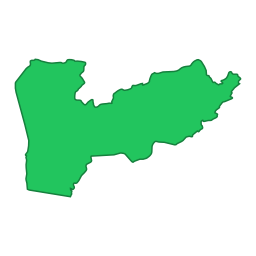 map outline of Farah (Albers equal-area conic projection)
{"feature_id": "AFG-1749", "entity_name": "Farah", "entity_type": "Province", "adm_level": 1, "iso_a3": "AFG", "parent_name": "Afghanistan", "parent_adm1": "", "projection": "albers", "projection_center": [62.843, 32.453], "detail": "fine", "context": "isolated", "style": "filled", "palette": "green", "viewbox_px": 256, "rotation_deg": 0, "n_neighbors": 0, "source": "natural_earth", "source_scale": "10m", "svg_char_len": 5604}
<svg xmlns="http://www.w3.org/2000/svg" viewBox="0 0 256 256"><path d="M70.4,196.7L29.2,190.0L27.4,189.2L26.9,183.2L26.1,180.0L26.0,178.5L26.8,173.8L26.2,167.8L26.1,164.7L26.6,160.7L26.5,159.3L26.1,158.0L26.0,157.3L26.5,155.9L26.1,155.5L25.7,155.3L25.5,154.9L26.0,153.9L27.4,152.1L27.8,151.0L28.6,145.9L28.8,140.6L24.9,124.7L16.1,92.3L15.4,88.2L15.4,83.1L15.7,82.2L26.2,68.6L27.8,67.2L29.6,66.1L30.2,65.4L30.5,64.1L30.4,63.0L30.2,62.0L30.4,61.0L31.4,60.4L33.9,60.3L34.7,60.0L35.2,59.3L38.1,59.7L41.2,61.1L48.2,62.8L51.9,63.2L59.6,62.5L60.6,62.5L61.3,62.6L62.4,63.2L62.9,63.2L63.7,63.2L65.2,62.7L65.8,62.3L66.2,61.9L66.9,60.6L67.3,60.1L67.8,59.8L69.0,59.6L71.5,59.7L74.0,60.3L74.8,61.1L75.7,61.2L77.4,61.1L81.4,61.5L85.0,62.3L85.5,62.8L85.6,63.2L85.6,63.9L85.5,64.4L85.3,64.9L85.0,65.2L84.3,66.0L84.1,66.3L83.9,66.7L83.9,67.2L83.8,70.0L83.6,70.9L83.3,71.4L82.3,72.4L81.5,72.9L81.3,73.2L80.8,73.9L80.1,74.6L79.9,74.9L79.9,75.5L80.1,76.0L82.2,78.3L84.6,82.3L84.5,83.0L84.0,83.6L82.5,84.8L82.0,85.2L81.1,86.5L79.2,88.3L78.5,88.8L78.3,89.2L77.8,90.2L77.5,90.5L77.2,90.8L76.0,91.5L75.7,91.8L75.5,92.1L75.1,93.1L74.8,95.2L74.7,97.5L74.8,98.6L75.1,99.3L75.6,99.6L76.1,99.9L76.7,100.1L79.9,100.2L80.5,100.4L80.9,100.6L81.2,101.1L81.8,102.1L83.8,104.2L84.5,104.7L85.0,104.8L85.4,104.8L86.2,104.3L88.2,102.0L91.0,100.0L91.8,99.6L92.6,99.7L92.8,99.8L92.9,100.0L93.0,101.7L93.1,102.5L93.4,103.4L93.4,104.4L93.6,104.9L94.0,105.7L94.2,106.2L94.6,106.8L95.3,107.1L96.0,107.2L96.8,107.1L98.1,106.5L99.7,105.0L100.1,104.7L101.0,104.3L102.6,104.0L107.0,103.6L109.1,103.2L110.3,103.2L111.3,103.4L111.7,103.3L111.9,103.2L111.8,102.0L111.8,101.6L113.3,98.4L113.4,97.9L113.4,97.2L113.3,96.5L113.2,96.0L113.3,95.3L113.6,94.2L114.0,93.7L114.3,93.4L115.2,92.9L116.6,91.7L118.2,90.6L120.4,89.5L121.1,89.3L121.9,89.2L122.4,89.4L123.8,90.2L124.6,90.3L125.0,90.3L127.8,89.8L130.0,89.0L130.8,88.6L131.4,88.1L131.7,87.6L131.9,87.1L132.0,86.5L132.4,85.9L132.7,85.6L133.0,85.4L135.1,85.6L135.8,85.5L136.7,85.3L141.1,83.7L142.5,83.5L142.5,84.4L142.5,84.8L142.7,85.0L143.0,85.1L147.7,83.3L149.2,81.9L149.3,81.6L149.5,81.2L149.4,80.9L149.6,80.1L149.9,78.9L150.8,76.4L151.4,75.1L151.9,74.3L152.3,74.0L153.5,73.4L154.5,72.7L156.2,73.4L158.1,73.4L158.8,73.3L162.9,72.0L173.8,71.5L176.6,71.0L178.7,70.1L180.8,68.4L181.9,67.7L183.6,67.0L185.9,66.5L189.5,66.1L190.3,65.7L191.0,65.1L191.8,63.8L192.9,62.5L193.6,61.8L194.7,61.0L197.1,59.8L198.4,59.7L200.4,60.7L201.3,61.5L204.4,66.5L206.1,70.4L206.2,70.9L206.2,71.9L206.4,73.1L206.4,74.0L206.4,74.6L206.6,74.9L206.8,75.2L207.5,75.5L208.0,75.6L208.6,75.6L208.9,75.8L209.1,76.1L209.5,77.1L209.7,77.3L210.4,77.9L210.9,78.4L212.5,81.6L212.9,82.2L213.2,82.5L214.2,82.2L214.6,82.2L214.9,82.3L216.2,83.5L218.5,84.8L218.8,84.8L218.9,84.7L219.5,84.2L219.9,84.0L220.4,83.9L221.9,83.8L222.4,83.6L222.6,83.4L222.7,83.1L222.6,82.8L222.4,82.6L221.3,81.4L221.1,81.1L221.2,80.9L221.5,80.6L221.8,80.5L223.3,80.1L224.2,79.6L225.2,79.0L225.9,78.5L226.5,77.9L226.9,77.3L227.7,75.9L228.9,72.6L229.5,72.0L230.4,71.7L231.0,71.8L231.3,72.0L231.5,72.2L231.7,72.8L232.4,73.6L233.1,74.1L233.5,74.2L233.9,74.3L234.6,74.2L236.4,74.2L237.1,74.3L237.4,74.5L237.7,74.9L237.8,75.7L238.2,76.5L239.9,77.7L240.6,78.7L240.6,78.9L240.5,79.2L238.8,80.7L238.6,81.2L238.5,81.7L238.5,82.6L238.6,83.3L239.5,83.8L234.7,87.6L234.1,88.2L233.7,88.8L233.2,89.4L232.2,90.5L231.7,91.2L231.4,91.8L231.4,92.2L231.5,92.3L231.8,92.5L232.0,92.8L231.9,93.2L231.6,93.6L231.1,94.5L230.3,96.1L230.3,96.5L230.5,96.7L231.8,97.2L232.3,97.6L232.4,97.8L232.4,98.1L232.1,98.4L231.7,98.7L224.7,101.6L223.5,101.8L223.0,102.0L222.5,102.4L222.0,102.9L221.3,103.9L220.5,104.8L219.6,106.1L219.4,106.5L219.4,106.8L219.5,107.2L219.3,107.7L218.7,108.2L216.5,109.8L215.6,110.8L215.1,111.8L215.0,112.6L215.0,112.8L215.1,113.0L215.3,113.1L216.1,113.3L217.4,114.1L217.5,114.4L217.5,114.7L217.2,115.4L217.1,115.8L217.2,116.6L216.7,117.1L215.8,117.8L213.2,119.0L211.5,120.2L210.9,120.4L208.1,120.5L204.2,121.4L203.7,121.4L203.3,121.3L203.1,120.9L203.0,120.4L202.9,120.3L202.6,120.3L202.1,120.5L201.3,121.2L201.1,121.6L201.1,123.0L201.2,124.4L201.3,124.7L201.4,125.0L202.0,125.6L202.2,126.0L202.6,127.3L202.6,127.8L202.5,128.3L202.2,128.7L201.3,129.1L200.6,129.6L199.8,130.3L199.1,131.3L198.8,131.6L198.5,131.7L198.1,131.6L197.6,131.1L197.3,131.1L196.9,131.4L193.1,134.5L192.8,134.9L192.6,135.2L192.5,136.1L192.4,136.5L192.0,136.7L191.2,136.7L189.5,136.3L189.0,136.3L186.6,136.9L186.0,137.2L183.1,140.4L182.4,140.9L181.5,141.5L177.2,143.6L175.9,144.7L174.6,144.8L164.4,142.3L158.9,142.0L156.3,141.4L155.6,141.4L155.1,141.6L154.6,141.9L153.5,143.2L153.0,144.0L152.6,144.7L152.1,146.2L152.0,147.0L151.8,151.7L151.7,152.5L151.5,153.2L151.2,153.9L150.6,154.7L149.9,155.6L148.9,156.5L146.9,158.0L146.0,158.4L143.1,159.2L140.0,159.2L139.5,159.3L134.5,161.2L133.0,162.2L132.3,161.9L131.7,161.5L125.2,154.1L124.3,153.6L123.7,153.4L121.9,153.1L120.8,153.0L120.1,153.1L114.0,154.8L91.3,156.1L91.0,156.7L90.9,156.9L90.9,157.2L90.9,157.5L91.1,157.9L91.2,158.9L91.6,160.5L91.5,161.0L91.3,161.5L90.6,162.2L87.1,164.0L86.6,164.4L86.2,165.0L86.0,165.7L85.9,166.2L86.0,166.5L86.4,167.9L86.6,169.0L86.6,169.3L86.4,170.0L86.0,170.7L85.3,171.6L83.6,173.5L82.8,174.2L81.4,175.7L78.9,180.4L77.1,182.7L75.9,183.3L74.4,183.1L73.8,183.3L73.6,183.6L73.5,184.0L73.5,184.9L73.7,185.8L74.1,186.5L74.3,187.3L74.2,188.0L73.9,188.5L73.1,189.3L72.6,189.5L72.2,189.6L71.7,189.0L71.3,189.4L71.2,189.3L70.9,188.6L70.5,188.4L70.5,188.7L70.5,189.2L70.9,190.4L71.3,190.9L71.8,191.4L71.8,191.5L71.5,192.6L71.4,192.9L71.7,193.8L71.6,194.2L71.2,194.8L70.4,196.7Z" fill="#22c55e" stroke="#15803d" stroke-width="1.5"/></svg>